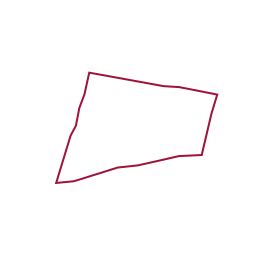 outline of Randa, Tadjourah, Djibouti, rotated 231°
{"feature_id": "41766387B54529132802745", "entity_name": "Randa", "entity_type": "district", "adm_level": 2, "iso_a3": "DJI", "parent_name": "Djibouti", "parent_adm1": "Tadjourah", "projection": "mercator", "projection_center": [42.697, 12.023], "detail": "fine", "context": "isolated", "style": "outline", "palette": "rose", "viewbox_px": 256, "rotation_deg": 231, "n_neighbors": 0, "source": "geoboundaries", "source_scale": "gbopen_adm2", "svg_char_len": 347}
<svg xmlns="http://www.w3.org/2000/svg" viewBox="0 0 256 256"><g transform="rotate(231 128 128)"><path d="M130.5,37.6L120.7,52.4L103.8,95.0L92.7,112.2L74.0,150.1L60.6,168.3L86.5,201.7L97.8,218.4L127.7,193.4L138.1,182.0L195.4,132.7L181.6,115.4L174.2,102.8L162.6,89.0L158.2,78.6L130.5,37.6Z" fill="none" stroke="#9f1239" stroke-width="2"/></g></svg>